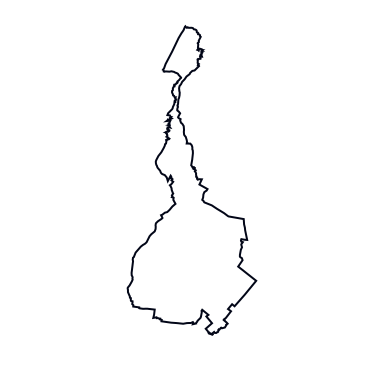 Bogdanesti, Bacau, Romania, rotated 131°
{"feature_id": "2599482B17094917236522", "entity_name": "Bogdanesti", "entity_type": "district", "adm_level": 2, "iso_a3": "ROU", "parent_name": "Romania", "parent_adm1": "Bacau", "projection": "robinson", "projection_center": [26.663, 46.198], "detail": "fine", "context": "isolated", "style": "outline", "palette": "ink", "viewbox_px": 384, "rotation_deg": 131, "n_neighbors": 0, "source": "geoboundaries", "source_scale": "gbopen_adm2", "svg_char_len": 5990}
<svg xmlns="http://www.w3.org/2000/svg" viewBox="0 0 384 384"><g transform="rotate(131 192 192)"><path d="M119.0,292.8L119.6,292.4L119.4,291.8L118.2,290.9L116.0,288.0L114.4,286.7L113.1,284.3L112.9,283.0L112.3,281.6L112.0,280.2L112.4,279.0L112.8,275.3L113.3,275.1L113.8,275.3L116.1,275.2L118.2,275.5L118.5,274.9L119.3,274.6L120.1,274.8L120.1,275.1L121.9,275.0L122.5,275.8L122.8,275.8L123.7,274.6L124.2,275.1L125.3,274.6L126.1,274.6L127.8,273.2L128.9,273.3L130.1,272.2L130.6,270.9L131.5,269.6L131.2,268.6L131.9,267.2L131.3,266.5L132.2,266.3L132.4,265.1L132.9,264.6L133.2,264.5L134.1,265.0L134.8,264.6L134.9,263.6L135.1,263.5L135.4,263.7L135.5,264.3L137.4,263.0L140.3,262.2L141.6,261.5L142.5,261.3L148.2,261.7L150.1,261.0L148.7,258.9L149.3,257.5L149.1,257.1L149.9,257.3L149.8,255.7L150.9,256.5L151.2,255.8L151.6,255.5L152.1,256.7L152.6,256.9L153.1,257.8L153.4,257.7L153.6,257.0L154.2,257.5L155.1,257.7L152.7,255.5L153.0,255.0L154.8,254.3L155.6,254.7L156.1,254.4L155.9,253.9L156.1,253.7L155.7,253.2L156.2,252.7L157.0,253.3L156.8,252.8L157.0,252.6L156.8,252.3L157.4,252.1L157.7,250.9L158.1,251.7L158.5,251.7L159.3,252.8L160.0,252.4L160.2,251.7L160.7,252.0L160.9,251.7L160.7,251.1L160.9,250.5L160.4,250.0L160.5,249.6L160.4,249.4L160.7,249.2L162.0,249.4L162.5,250.3L163.6,251.0L163.8,251.0L163.9,250.7L164.4,251.0L164.3,250.7L164.6,250.3L164.5,249.1L165.1,248.7L165.2,248.0L165.8,247.5L167.0,247.5L166.7,246.3L167.3,245.9L166.7,245.0L166.6,244.0L167.2,244.0L167.7,244.5L168.8,244.8L169.8,245.6L170.5,244.6L172.5,243.4L173.6,243.7L174.9,242.9L177.4,242.2L182.2,241.2L186.8,241.0L191.0,240.0L192.6,239.4L193.8,238.3L194.9,236.8L195.3,235.6L196.0,234.5L196.3,233.7L196.8,230.4L197.0,229.7L197.8,228.3L198.0,227.3L198.0,226.3L197.1,223.6L197.6,220.6L199.6,217.4L193.7,218.8L193.8,218.4L195.4,217.5L195.4,217.1L194.7,216.9L195.4,216.0L195.1,215.6L195.1,215.2L196.7,215.1L196.6,212.9L199.7,212.7L201.4,213.1L201.5,212.4L202.5,210.0L203.8,208.6L205.1,206.2L205.6,205.1L205.6,204.3L205.9,205.3L207.8,204.9L208.0,204.0L209.1,203.8L208.4,202.1L210.2,200.9L211.8,196.7L215.8,197.3L220.3,197.2L223.4,197.5L225.4,198.9L228.6,199.5L229.8,200.1L230.8,197.5L231.1,197.2L232.5,197.4L236.4,198.5L239.0,198.7L239.5,198.6L241.1,197.6L241.9,196.7L243.8,195.2L246.2,194.3L250.6,195.0L253.2,195.0L259.7,193.3L261.8,193.5L264.2,194.3L266.8,194.8L274.7,194.8L279.3,193.2L280.3,193.4L282.0,192.3L282.9,191.1L292.7,184.5L294.5,182.8L294.9,181.6L295.4,180.8L296.6,180.0L297.1,179.3L299.0,178.7L303.4,177.8L306.3,177.7L307.2,177.1L307.8,176.2L309.6,174.6L311.3,171.1L311.4,170.6L312.5,169.5L312.2,168.5L313.7,167.3L314.2,166.6L314.2,166.2L313.5,165.2L314.1,164.6L315.8,163.6L315.9,162.0L317.0,161.2L313.7,156.1L314.3,155.6L314.1,155.1L312.4,152.5L309.4,149.1L305.2,143.0L309.5,140.1L312.4,138.6L309.9,136.6L310.4,135.9L309.5,135.0L309.2,133.8L308.6,133.3L308.4,132.9L309.1,132.5L308.4,130.9L309.6,130.2L304.3,122.0L300.7,117.2L297.2,112.2L294.1,109.7L291.6,106.9L289.6,106.0L289.8,105.1L291.2,104.6L288.6,102.7L288.4,103.0L286.4,103.0L285.7,103.3L281.5,103.0L280.3,103.4L276.7,105.5L276.0,106.0L275.5,106.8L274.2,107.0L274.0,99.0L276.5,99.5L277.9,90.8L286.2,91.9L286.7,88.7L287.7,86.5L287.5,86.1L287.0,87.1L286.8,87.0L287.3,85.3L287.2,85.1L286.5,86.2L286.7,85.4L286.5,84.9L286.5,83.1L285.7,82.9L285.1,83.8L283.1,83.5L283.4,82.3L282.4,81.2L281.4,81.1L280.9,80.6L280.2,80.6L278.8,81.7L278.4,81.7L278.5,81.4L278.2,81.0L275.5,81.1L275.2,80.9L275.2,80.0L272.7,78.3L270.0,78.7L269.8,79.1L268.0,78.7L267.8,80.2L267.8,83.7L267.3,83.6L267.2,84.3L264.9,83.8L256.4,84.3L256.7,88.0L250.4,88.1L250.3,84.9L235.0,84.8L216.9,85.3L218.0,108.2L210.3,109.1L209.2,110.9L209.5,112.8L209.3,113.5L208.0,114.6L203.6,117.2L200.9,118.0L199.4,120.3L199.0,120.5L196.5,120.7L197.1,122.3L196.4,123.3L195.2,123.8L193.6,121.1L192.0,118.9L186.0,126.8L184.2,128.7L182.3,131.4L178.5,135.2L186.4,148.3L186.6,149.1L186.9,153.9L188.3,162.1L189.1,168.3L191.7,175.8L191.6,176.5L191.2,177.4L191.2,179.1L189.0,179.9L186.3,181.8L184.0,182.6L181.2,181.9L179.6,182.2L181.5,191.3L176.0,192.9L177.7,195.1L178.9,195.7L178.9,196.5L178.4,197.2L177.9,197.3L177.6,197.7L177.8,198.9L177.0,199.3L176.4,200.2L175.3,201.1L174.7,202.3L174.6,203.3L173.2,203.4L173.5,205.6L173.1,205.6L172.8,205.0L172.0,205.6L172.2,206.0L172.8,206.0L173.1,206.4L172.5,206.5L172.1,206.8L172.5,207.3L172.5,207.6L173.0,208.0L172.6,208.9L172.4,210.1L167.4,213.1L162.2,216.7L160.9,217.9L160.0,218.8L159.7,219.6L157.9,221.2L156.9,222.9L156.6,225.0L157.4,225.9L157.6,226.5L157.9,226.6L158.9,227.8L157.4,228.7L156.3,230.0L154.5,232.9L154.2,234.9L153.8,235.7L152.0,237.6L150.3,238.8L147.7,241.5L146.9,244.1L147.0,245.5L146.8,246.0L145.8,247.8L144.5,248.4L145.0,250.6L144.7,251.6L140.4,252.6L140.0,254.7L140.1,256.6L139.7,257.1L139.1,257.3L138.5,257.9L137.0,258.4L136.6,259.3L136.4,259.2L135.6,260.0L134.8,260.2L131.1,263.0L129.5,263.5L127.2,264.8L125.0,266.5L124.2,267.7L122.2,269.8L120.3,270.9L117.8,271.0L115.3,271.7L111.8,271.5L108.5,271.9L104.6,271.1L103.3,271.5L100.4,271.2L98.6,269.8L92.3,269.3L91.9,270.2L92.1,270.5L91.9,270.7L92.2,270.9L91.4,271.3L90.9,271.1L90.9,272.4L88.9,273.9L88.8,274.3L88.3,274.8L87.6,274.7L87.3,274.0L86.5,273.8L85.9,273.0L85.7,273.1L85.7,273.5L85.1,273.7L84.7,274.4L84.4,274.1L84.1,274.3L83.3,273.2L83.1,273.5L83.3,274.2L83.1,274.6L83.5,275.2L83.4,275.5L83.1,275.5L82.4,274.7L81.7,275.1L81.6,275.6L80.0,275.6L79.8,276.4L80.0,276.6L79.2,276.9L79.3,277.4L79.1,277.4L78.6,276.8L78.6,277.4L78.3,277.6L77.9,277.4L78.2,278.0L77.9,278.3L78.8,280.3L79.4,280.4L80.9,279.7L80.9,280.5L81.2,281.2L79.6,281.3L79.3,282.1L76.5,284.1L76.2,284.6L76.1,285.2L75.8,285.4L74.3,285.2L73.3,286.2L69.2,287.2L69.1,288.3L68.4,288.8L68.3,289.3L68.5,290.3L68.9,290.9L68.0,291.5L67.9,292.1L68.3,292.8L68.2,293.3L67.2,294.3L67.0,295.0L67.2,296.0L68.0,297.4L67.7,298.6L68.2,299.9L70.2,302.1L70.5,303.3L71.4,303.5L71.5,304.8L71.3,305.7L71.9,305.7L75.6,304.5L79.2,304.1L84.6,303.1L99.1,299.1L112.7,295.9L116.8,294.3L118.8,294.1L118.7,293.6L119.0,292.8Z" fill="none" stroke="#020617" stroke-width="2"/></g></svg>